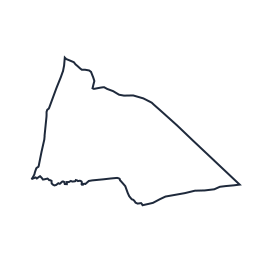 Al Qureisha, Gedarif, Sudan (Albers equal-area conic projection), rotated 172°
{"feature_id": "16777658B80860182226455", "entity_name": "Al Qureisha", "entity_type": "district", "adm_level": 2, "iso_a3": "SDN", "parent_name": "Sudan", "parent_adm1": "Gedarif", "projection": "albers", "projection_center": [36.204, 13.665], "detail": "fine", "context": "isolated", "style": "outline", "palette": "slate", "viewbox_px": 256, "rotation_deg": 172, "n_neighbors": 0, "source": "geoboundaries", "source_scale": "gbopen_adm2", "svg_char_len": 1998}
<svg xmlns="http://www.w3.org/2000/svg" viewBox="0 0 256 256"><g transform="rotate(172 128 128)"><path d="M25.3,56.4L65.6,106.7L78.7,123.3L88.7,135.2L94.6,142.2L97.2,145.2L99.0,147.3L101.0,149.8L108.7,155.2L118.3,159.5L120.7,159.8L122.2,160.0L123.8,160.2L127.4,160.6L132.2,162.2L135.8,165.1L137.5,166.5L138.4,167.0L143.2,169.6L145.3,171.2L146.0,171.7L147.0,171.8L148.5,171.8L149.6,171.8L155.7,171.5L156.6,171.6L157.6,172.3L156.2,175.8L154.8,179.2L155.1,181.2L155.5,183.4L155.8,184.5L156.8,188.7L158.5,190.4L162.5,191.7L165.6,192.1L167.0,193.5L169.4,196.4L171.1,198.3L172.5,200.7L176.5,203.1L179.6,204.9L180.8,206.5L181.1,205.2L182.6,198.7L184.5,193.2L185.0,192.4L187.5,187.6L192.8,178.4L193.7,176.8L203.3,158.9L203.8,158.2L205.4,157.3L206.4,155.3L206.8,152.4L207.2,150.3L211.7,132.0L211.7,131.6L212.5,128.2L217.0,116.3L221.1,104.6L221.2,104.4L221.6,103.1L222.2,102.0L223.1,101.7L224.4,100.9L225.2,99.3L225.4,99.0L226.4,97.0L227.1,95.2L228.2,93.6L229.5,91.9L230.7,90.8L228.4,91.4L226.3,91.9L225.3,90.7L223.3,91.8L221.8,92.5L220.5,90.8L219.4,88.8L218.1,88.8L214.7,89.1L213.9,88.2L213.3,87.3L212.2,87.1L211.1,86.3L211.2,85.1L211.3,83.8L210.4,82.5L208.9,81.4L207.8,81.5L207.1,81.6L205.9,82.3L204.7,83.0L203.6,82.3L202.8,82.4L201.9,83.2L200.5,84.1L199.7,84.1L198.8,83.5L198.5,82.3L198.4,81.3L196.4,80.9L196.2,82.1L196.3,83.0L194.1,82.7L192.0,83.5L190.6,82.7L188.6,82.6L187.6,82.7L186.9,83.7L185.6,83.1L185.0,82.4L184.1,82.4L183.3,82.5L182.3,82.2L181.4,81.4L181.3,80.0L181.8,78.9L181.4,78.2L180.3,78.2L179.8,78.8L179.1,78.9L178.0,78.5L175.7,80.0L174.2,81.0L170.7,81.1L159.4,80.6L151.9,80.4L145.7,80.1L144.3,79.5L143.4,78.9L143.2,77.9L143.1,77.2L142.6,76.6L141.4,74.8L138.8,70.8L137.3,63.7L136.3,60.3L135.1,58.3L134.2,56.9L132.7,56.1L131.7,54.7L130.9,53.0L129.0,51.8L126.7,51.8L125.5,51.8L125.0,51.1L124.3,49.5L121.8,49.7L118.0,50.0L113.7,50.4L106.2,53.1L100.4,54.9L80.7,55.6L70.5,56.6L60.7,55.5L51.1,55.3L45.2,57.0L39.5,56.9L31.2,56.5L25.3,56.4Z" fill="none" stroke="#1e293b" stroke-width="2"/></g></svg>